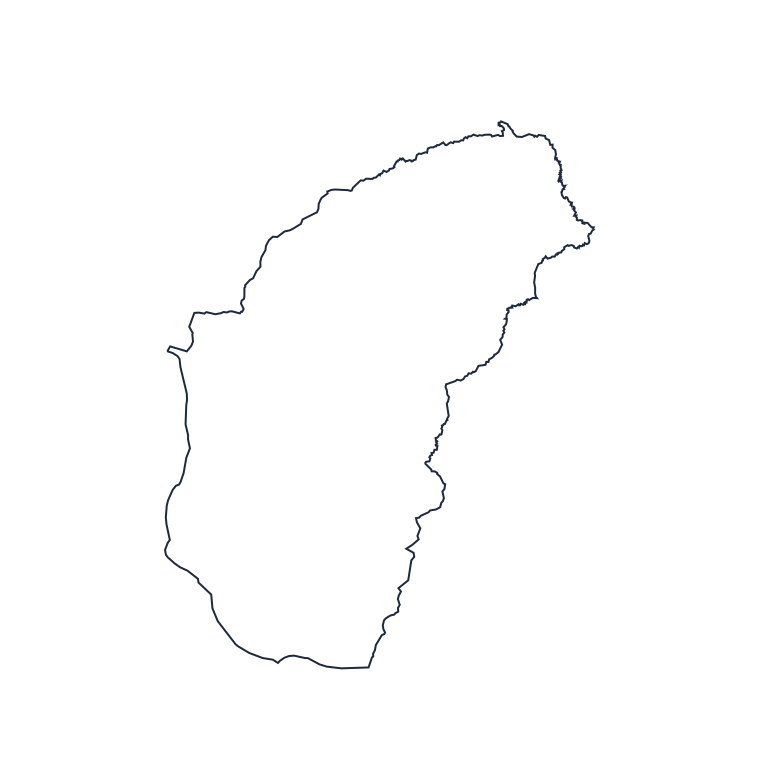 outline of Tenerife, Magdalena, Colombia, rotated 314°
{"feature_id": "7082276B5843074032940", "entity_name": "Tenerife", "entity_type": "district", "adm_level": 2, "iso_a3": "COL", "parent_name": "Colombia", "parent_adm1": "Magdalena", "projection": "orthographic", "projection_center": [-74.68, 9.914], "detail": "fine", "context": "isolated", "style": "outline", "palette": "slate", "viewbox_px": 768, "rotation_deg": 314, "n_neighbors": 0, "source": "geoboundaries", "source_scale": "gbopen_adm2", "svg_char_len": 6138}
<svg xmlns="http://www.w3.org/2000/svg" viewBox="0 0 768 768"><g transform="rotate(314 384 384)"><path d="M131.9,325.1L123.1,338.2L119.4,338.8L112.5,341.8L109.7,345.7L109.1,348.8L109.5,357.9L110.5,364.6L113.2,372.3L114.6,385.6L112.3,388.5L112.5,406.0L103.4,416.5L97.9,429.2L93.7,457.9L93.9,461.0L96.9,473.9L102.6,487.1L108.5,495.6L109.7,501.5L112.3,501.4L117.9,502.5L122.4,504.7L126.2,508.1L132.1,517.7L133.9,519.6L137.6,532.6L140.9,539.1L149.9,550.9L169.4,569.8L178.9,565.3L180.6,565.5L182.2,563.6L186.2,562.4L190.5,559.5L201.9,556.9L204.4,557.9L205.9,557.5L207.2,553.9L209.5,550.8L214.0,548.2L216.7,548.1L221.9,549.4L225.3,551.6L226.9,551.3L230.1,552.4L232.7,549.6L236.1,548.7L238.9,543.4L242.3,541.5L246.5,540.4L247.2,536.2L259.6,537.8L276.1,526.2L280.7,525.8L283.1,522.6L281.0,514.5L288.0,516.1L296.3,516.9L297.9,513.6L305.4,510.4L307.4,503.7L309.7,500.2L312.3,502.1L314.8,502.0L322.6,505.1L325.1,505.0L329.9,508.6L334.3,510.0L338.3,507.8L340.6,507.7L343.5,506.4L347.2,500.7L350.4,500.4L354.4,497.6L353.8,495.8L356.4,488.6L356.2,484.7L357.1,484.0L356.4,481.3L354.3,478.9L355.3,477.3L355.4,469.2L356.1,468.4L357.5,468.4L359.9,470.4L362.6,469.1L362.8,467.5L364.6,467.1L366.2,467.9L367.4,466.1L369.0,467.4L371.7,466.0L373.4,467.7L376.5,465.5L375.7,464.1L376.1,463.4L378.0,463.7L378.4,461.7L379.8,462.0L379.7,460.2L381.0,458.6L382.6,459.7L386.6,459.2L387.0,460.1L387.9,460.2L391.4,458.0L391.8,456.2L393.7,455.7L394.3,454.5L395.8,455.2L396.9,454.8L397.8,455.6L400.7,454.4L402.2,454.6L402.4,453.7L406.0,452.7L413.5,442.8L416.4,441.9L419.8,439.8L420.3,437.0L423.3,433.3L424.4,430.5L426.9,428.9L435.7,433.3L437.7,433.5L439.8,436.7L442.6,437.7L445.8,437.1L447.8,438.2L450.4,437.4L452.0,439.5L454.6,439.5L454.7,440.3L456.8,441.1L462.7,439.4L468.3,443.7L471.0,442.2L472.4,443.8L474.9,442.5L477.8,443.5L480.5,443.7L481.8,443.0L482.7,443.7L486.6,444.1L494.4,441.6L496.5,436.9L500.1,436.7L502.1,435.0L504.5,434.9L505.2,432.9L507.1,432.6L507.8,430.5L511.8,430.3L515.1,428.2L516.1,427.2L515.1,425.8L516.6,426.1L519.2,424.0L522.4,423.6L523.2,422.8L522.8,421.1L523.8,420.4L525.2,421.4L525.8,421.1L528.0,423.2L528.5,421.9L529.5,421.7L531.4,424.7L534.7,425.4L534.4,426.4L535.2,427.2L536.6,426.5L537.9,429.3L539.2,428.8L539.6,429.9L540.5,429.2L541.5,430.0L542.0,429.5L541.4,428.7L543.0,429.0L543.8,428.1L545.0,428.7L545.2,430.1L549.3,431.2L552.0,434.4L552.2,432.7L554.1,429.8L558.3,425.8L561.2,421.6L566.9,417.4L568.6,415.2L577.5,411.7L580.7,413.2L582.4,412.2L583.3,412.6L584.2,411.4L586.2,412.0L588.2,411.6L587.8,414.6L590.7,416.3L592.6,416.5L594.2,418.3L596.6,417.6L597.4,418.7L598.4,418.1L598.7,418.8L599.7,418.4L601.8,420.1L603.2,419.5L606.1,420.0L607.6,418.6L611.5,419.7L611.5,420.7L614.2,422.4L615.1,424.8L614.3,425.9L615.4,428.5L617.6,428.5L617.5,429.6L619.3,428.7L620.4,430.5L621.7,431.0L622.3,430.4L622.8,431.6L624.8,430.5L625.5,432.7L626.5,433.2L628.1,433.3L629.8,432.1L632.3,428.1L634.3,427.3L635.7,428.2L639.2,427.2L640.9,427.6L641.3,426.1L642.3,425.9L640.9,424.4L641.3,418.6L639.2,415.9L638.4,416.8L637.5,415.1L638.4,414.8L638.3,413.6L639.3,413.1L638.3,411.3L636.4,410.0L636.0,408.6L637.7,407.2L637.6,405.8L638.9,405.3L637.2,403.9L640.8,402.8L640.9,400.2L641.9,399.6L641.5,398.6L642.8,399.0L643.4,398.2L643.2,397.0L642.2,396.0L642.6,394.8L644.4,393.7L643.3,393.4L644.7,392.7L643.7,390.3L645.4,386.1L644.7,385.0L643.2,385.4L642.7,384.0L643.5,381.0L645.2,378.3L646.0,378.5L647.8,377.3L649.1,378.0L649.1,377.3L651.3,377.1L651.4,376.1L652.0,376.2L651.0,375.3L651.1,373.9L652.5,372.0L652.3,371.2L653.4,370.5L652.7,370.4L652.6,369.5L651.0,369.1L651.2,368.3L653.5,367.3L653.9,368.2L655.1,368.2L655.0,366.7L656.2,366.9L656.1,366.1L657.2,365.8L656.8,364.6L657.9,364.8L658.2,363.7L659.3,364.2L660.0,362.6L661.2,363.1L662.1,361.0L664.3,359.1L663.6,358.5L664.2,357.1L665.9,356.2L665.0,355.6L665.7,355.0L665.0,353.7L665.8,352.6L664.7,351.4L666.2,351.1L665.4,350.1L668.7,348.1L671.2,344.8L671.0,341.1L673.3,339.0L671.5,337.5L674.1,333.4L672.9,329.7L674.3,327.6L670.6,322.3L668.1,322.3L667.7,320.5L666.3,320.4L666.8,319.1L664.5,314.8L657.6,311.7L654.2,307.7L654.3,303.4L654.8,301.2L655.6,300.9L655.6,297.4L656.3,295.4L655.8,294.6L656.8,292.4L654.2,285.8L653.2,286.1L651.6,284.9L649.8,286.6L650.9,287.2L650.1,288.4L651.4,289.4L651.2,292.6L650.2,293.9L647.8,293.1L647.4,294.7L645.2,297.2L643.0,295.3L642.4,293.0L637.1,289.8L637.5,288.0L636.8,286.8L633.0,283.1L631.3,282.4L629.2,279.8L627.4,279.1L625.5,275.1L622.5,274.5L620.8,272.7L618.6,273.1L618.3,271.3L616.3,270.9L614.3,271.7L612.8,270.2L610.3,269.6L607.0,266.0L605.4,266.5L604.1,264.0L599.3,263.1L598.6,262.1L598.9,258.8L593.8,257.5L592.8,256.2L591.1,256.4L590.8,255.8L588.5,255.1L586.7,253.2L583.8,252.0L580.3,254.3L579.4,252.8L575.2,250.8L574.1,249.1L571.5,248.6L567.4,250.9L565.4,249.7L564.1,249.9L563.2,249.2L563.5,248.1L562.7,246.8L560.3,245.7L559.6,244.6L559.0,244.8L559.3,241.1L558.0,240.8L558.4,240.3L557.6,240.1L557.3,239.0L555.8,239.5L554.4,238.7L553.7,239.3L552.7,238.5L547.5,239.9L547.3,240.8L545.1,240.5L542.5,238.6L541.1,239.2L538.3,238.5L537.2,235.4L534.2,236.3L532.5,235.4L531.3,236.1L531.0,234.8L527.0,234.8L525.2,233.4L523.5,233.2L519.2,228.5L516.0,228.0L514.3,225.8L503.5,225.3L501.0,226.4L499.7,225.8L498.4,223.4L489.9,213.7L487.2,211.4L483.1,209.5L481.9,211.1L474.7,209.8L472.3,210.4L468.1,212.0L464.4,215.2L461.0,216.5L445.8,211.1L441.4,213.0L432.6,210.7L429.3,209.6L424.6,206.5L415.6,205.1L412.7,201.7L407.5,201.4L401.4,203.1L398.0,205.7L390.2,207.7L386.2,210.0L382.5,213.7L376.8,213.8L369.1,216.4L365.7,215.3L358.6,215.5L357.5,216.7L356.1,216.9L349.7,223.0L347.8,224.1L345.0,223.7L342.5,225.3L340.5,230.9L337.4,231.8L336.8,231.0L334.7,231.3L330.7,224.2L328.7,222.3L326.5,221.4L324.1,218.4L322.0,217.7L317.0,214.2L312.3,206.3L309.9,205.9L306.6,201.1L303.4,198.2L289.8,204.2L287.8,211.0L286.5,211.7L281.9,217.1L277.8,218.8L270.5,219.5L262.5,204.1L257.9,205.2L257.3,205.9L259.5,210.5L260.6,216.0L260.0,219.5L254.7,225.9L240.1,248.8L235.7,253.4L231.5,256.4L217.2,269.2L211.1,278.6L207.9,281.7L202.9,289.1L193.7,293.0L180.6,301.8L172.0,305.8L169.3,306.4L166.2,305.0L160.8,305.6L150.5,309.4L145.6,312.2L136.5,319.7L131.9,325.1Z" fill="none" stroke="#1e293b" stroke-width="2"/></g></svg>